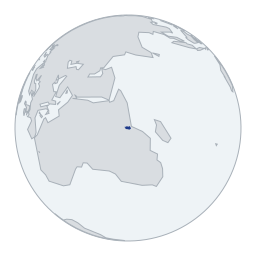 Kilimanjaro on an orthographic globe, rotated 306°
{"feature_id": "TZA-3393", "entity_name": "Kilimanjaro", "entity_type": "Region", "adm_level": 1, "iso_a3": "TZA", "parent_name": "United Republic of Tanzania", "parent_adm1": "", "projection": "orthographic", "projection_center": [37.535, -3.747], "detail": "fine", "context": "on_globe", "style": "filled", "palette": "blue", "viewbox_px": 256, "rotation_deg": 306, "n_neighbors": 0, "source": "natural_earth", "source_scale": "10m", "svg_char_len": 6552}
<svg xmlns="http://www.w3.org/2000/svg" viewBox="0 0 256 256"><g transform="rotate(306 128 128)"><circle cx="128" cy="128" r="113" fill="#eef3f6" stroke="#a8b0b8"/><path d="M15.7,119.2L15.7,119.6L15.5,124.3L15.4,127.3L15.6,128.0L15.6,129.9L18.2,132.0L20.9,136.5L21.8,143.4L21.4,151.7L25.6,168.6L26.2,174.7L29.4,181.5L35.1,191.6L30.5,184.4L26.5,176.9L23.1,169.1L20.3,161.1L18.2,152.9L16.6,144.6L15.7,136.2L15.4,127.7L15.7,119.2ZM155.4,18.7L157.2,19.2L157.9,19.4L166.1,22.0L174.1,25.2L181.8,29.1L189.2,33.5L196.3,38.4L202.9,43.9L209.1,49.9L214.9,56.3L215.1,56.8L212.6,53.8L214.1,56.0L216.4,58.8L217.1,59.1L219.4,62.8L223.4,68.3L226.7,74.2L229.7,83.1L228.4,85.0L229.0,86.9L226.9,84.2L226.5,87.5L232.1,99.7L232.7,103.0L231.0,108.4L230.5,105.9L225.2,98.6L225.9,106.5L230.0,114.1L231.4,122.6L229.0,119.3L227.3,112.0L225.4,109.2L224.8,102.2L221.0,91.7L218.4,93.1L217.5,89.0L211.9,80.5L207.6,82.4L201.6,92.0L202.6,102.4L199.7,106.8L191.6,91.3L188.3,81.5L185.2,82.2L177.1,73.9L162.5,73.0L160.6,70.5L157.8,71.6L152.1,69.2L149.2,65.3L145.7,65.6L153.3,75.7L157.2,75.6L160.6,71.8L162.0,75.5L167.5,79.0L160.8,88.0L139.4,96.3L137.6,88.5L123.0,68.6L123.6,66.5L123.5,66.2L123.4,65.8L121.7,69.3L119.3,65.7L126.8,79.1L127.9,85.1L139.1,96.7L138.0,98.0L141.7,100.4L153.9,97.6L153.9,100.2L147.9,112.5L131.3,129.8L133.7,141.8L132.8,152.1L122.9,159.1L124.3,167.2L119.2,170.2L119.2,174.8L115.4,179.9L109.0,184.8L97.4,185.3L96.3,181.1L89.9,173.1L80.9,153.9L83.4,144.9L82.2,138.1L73.9,123.7L75.6,115.5L73.5,112.2L69.1,113.4L66.7,109.6L64.0,109.7L47.9,114.3L43.3,109.8L38.6,95.4L41.7,88.9L42.9,82.1L65.1,58.0L69.2,58.6L85.9,54.6L87.9,55.2L85.2,60.1L97.2,65.3L101.9,61.1L113.5,64.1L121.7,63.9L125.8,55.0L112.5,55.1L110.9,51.0L122.1,47.3L133.9,48.0L133.7,46.5L126.8,43.0L130.1,40.5L124.5,41.7L126.3,43.2L122.9,44.2L121.0,42.9L122.2,41.9L118.9,41.3L113.8,46.6L115.1,48.7L105.9,49.9L107.2,53.7L104.5,55.6L101.2,50.0L102.0,48.0L95.5,42.8L93.9,45.0L99.9,50.2L97.7,49.8L95.6,53.4L95.5,50.5L89.4,44.8L81.5,46.8L70.3,56.3L65.9,57.7L62.7,56.5L67.8,47.6L77.1,45.8L79.1,43.1L78.1,40.0L81.0,39.9L81.8,38.5L85.4,37.9L91.3,34.4L95.1,33.8L98.4,30.1L100.7,29.5L98.1,31.7L98.4,33.2L107.9,32.5L110.0,31.7L111.3,29.5L113.8,29.8L113.9,27.8L119.8,27.0L112.6,26.5L114.0,24.5L118.0,23.0L117.2,22.4L110.6,24.9L109.2,26.1L109.9,27.1L104.8,30.9L101.4,31.7L101.9,27.9L97.0,28.8L99.5,25.9L115.8,20.1L122.1,19.3L130.7,21.4L128.7,22.3L124.6,21.9L127.5,23.9L127.7,22.9L129.7,23.4L131.6,22.0L133.1,22.3L132.2,20.7L134.3,20.9L134.8,21.9L139.3,20.6L143.9,21.1L144.2,20.7L143.2,20.1L149.6,21.4L149.5,21.1L147.4,20.5L145.8,19.6L145.6,18.7L147.9,19.1L148.2,19.5L152.4,21.3L153.1,22.6L154.0,22.7L154.0,21.8L148.8,19.5L148.1,18.9L150.8,19.8L149.8,19.4L150.1,19.2L152.5,19.6L149.6,18.6L150.1,17.6L153.6,18.3L155.4,18.7ZM56.8,69.3L56.0,71.3L56.8,69.3ZM146.0,53.7L153.3,54.4L150.6,49.1L153.2,49.0L151.3,47.4L150.4,48.7L145.9,44.4L149.2,43.2L148.6,41.1L146.1,40.9L140.7,43.9L147.1,49.9L145.2,51.9L146.0,53.7ZM82.4,32.8L83.3,33.3L81.4,34.9L76.7,36.6L79.3,34.3L82.4,32.8ZM85.0,33.8L86.8,30.0L89.9,29.1L87.9,30.2L89.7,30.0L86.9,31.7L88.1,34.9L86.5,36.6L78.5,38.3L82.0,36.7L80.9,36.1L85.0,33.8ZM86.1,25.0L87.0,24.2L92.5,23.1L91.1,24.1L86.2,25.6L85.0,25.4L86.1,25.0ZM114.1,16.2L115.0,16.2L111.8,16.6L112.1,16.5L109.5,17.0L107.0,17.6L105.6,17.8L105.2,17.9L103.5,18.4L102.5,18.7L99.7,19.3L98.2,19.9L97.7,19.9L95.9,20.7L96.0,20.4L93.8,21.1L94.9,21.0L82.4,25.1L77.0,27.6L72.6,30.0L72.9,29.7L80.7,25.8L88.7,22.4L97.0,19.7L105.5,17.6L114.1,16.2ZM115.9,16.0L115.7,16.0L115.9,16.0ZM90.6,53.4L92.2,53.4L94.8,53.1L93.5,55.5L90.6,53.4ZM86.3,49.5L87.8,49.1L87.2,52.0L85.5,52.0L86.3,49.5ZM89.1,46.6L87.9,48.8L87.6,47.7L89.1,46.6ZM99.6,31.4L101.3,31.0L101.3,31.5L100.1,32.3L99.6,31.4ZM119.0,17.0L118.1,16.8L118.7,16.7L118.8,16.3L121.2,16.1L122.1,16.3L119.0,17.0ZM123.3,56.5L120.6,58.2L119.5,57.4L120.7,56.9L123.3,56.5ZM106.1,56.6L109.8,57.6L105.7,57.3L106.1,56.6ZM121.6,16.7L121.4,16.5L122.7,16.6L121.6,16.7ZM122.9,16.0L124.6,16.0L121.5,16.0L122.9,16.0ZM166.8,208.2L167.4,209.7L165.7,209.8L166.8,208.2ZM152.3,150.6L145.0,168.8L139.6,168.9L138.4,163.4L141.0,152.4L147.2,149.3L150.3,144.4L152.3,150.6ZM237.8,145.6L238.2,146.6L238.1,147.1L237.8,145.6ZM237.6,143.2L238.1,143.9L237.3,144.3L237.6,143.2ZM238.3,144.3L238.9,143.8L239.2,143.2L239.0,144.3L238.3,144.3ZM237.1,142.9L233.4,140.8L231.6,138.7L232.3,136.9L235.2,138.5L237.1,142.9ZM232.1,136.8L229.0,130.3L222.8,113.4L225.1,114.1L231.1,124.8L230.8,126.4L232.7,131.3L232.1,136.8ZM238.5,129.5L238.2,134.4L236.4,132.9L235.4,131.6L234.8,124.8L235.1,121.8L236.0,122.3L238.0,113.1L238.9,116.3L238.7,120.4L239.4,125.1L238.5,129.5ZM203.1,103.5L205.9,110.1L204.1,110.9L203.1,103.5ZM237.7,106.4L237.6,110.3L237.3,104.8L237.7,106.4ZM236.9,101.1L237.4,103.5L236.7,100.9L236.9,101.1ZM229.9,89.9L229.1,90.1L228.5,88.5L229.3,87.4L229.9,89.9ZM229.3,79.3L231.2,83.7L231.7,85.1L230.4,82.2L229.3,79.3ZM141.7,17.3L138.9,17.9L138.5,18.8L140.7,19.6L136.4,18.9L137.0,17.6L141.7,17.3ZM148.8,17.4L146.8,17.0L148.4,17.2L149.1,17.4L148.8,17.4ZM147.1,17.0L143.2,16.5L142.6,16.3L145.8,16.8L147.1,17.0ZM132.4,15.9L131.4,16.0L130.3,15.9L132.4,15.9ZM223.5,187.8L218.9,191.6L219.0,189.9L221.3,186.6L226.1,175.9L226.3,176.3L229.1,169.3L233.3,165.1L237.1,155.4L236.9,156.8L234.4,164.9L231.4,172.8L227.7,180.4L223.5,187.8ZM238.6,147.5L239.4,144.3L238.6,147.5ZM240.5,134.1L240.4,135.3L240.4,134.0L240.5,134.1ZM239.7,126.6L239.9,129.9L240.3,128.7L240.0,131.0L239.9,136.6L239.7,138.4L239.8,132.3L239.3,137.9L239.0,137.5L239.2,132.4L239.6,126.7L239.9,124.6L240.5,124.9L239.7,126.6ZM240.6,126.5L240.6,126.0L240.6,125.7L240.6,126.5ZM240.0,116.8L239.3,112.2L239.2,113.2L238.9,108.7L239.7,113.8L240.0,116.8ZM238.6,107.5L238.6,108.4L238.3,105.7L238.6,107.5ZM238.3,106.9L237.7,104.1L238.0,104.9L238.3,106.9ZM238.8,107.9L237.9,103.3L238.5,106.2L238.8,107.9ZM236.1,97.9L237.8,103.2L236.6,100.2L234.1,91.5L234.4,91.7L236.1,97.9Z" fill="#d9dde1" stroke="#a8b0b8" stroke-width="1"/><path d="M127.8,126.4L128.1,126.5L128.3,126.9L128.3,127.1L128.2,127.2L128.2,127.3L128.1,127.5L128.3,127.5L128.4,127.8L128.5,127.8L128.7,128.0L128.9,128.1L129.1,128.3L129.4,128.5L129.6,128.6L129.1,129.7L129.0,129.8L128.9,129.7L128.7,129.6L128.4,129.7L128.1,129.5L128.1,129.4L127.9,129.3L127.9,129.1L127.9,128.9L128.0,128.8L128.0,128.7L127.9,128.6L127.9,128.4L127.9,128.1L127.8,127.9L127.7,127.8L127.6,127.7L127.4,127.5L127.4,127.4L127.2,127.5L127.1,127.1L126.9,126.9L126.7,126.8L126.7,126.7L126.8,126.5L127.0,126.5L127.0,126.4L127.3,126.2L127.4,126.3L127.4,126.2L127.5,126.3L127.8,126.4L127.8,126.4Z" fill="#3b82f6" stroke="#1e3a8a" stroke-width="1.5"/></g></svg>